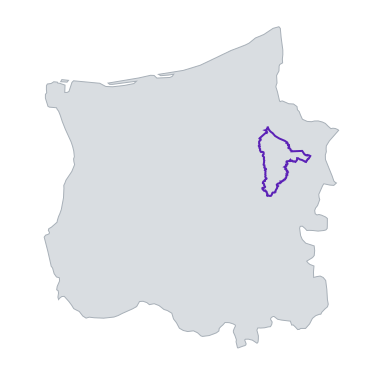 Guemon, Dix-Huit Montagnes, Ivory Coast (highlighted), rotated 176°
{"feature_id": "98640826B22329502030217", "entity_name": "Guemon", "entity_type": "district", "adm_level": 2, "iso_a3": "CIV", "parent_name": "Ivory Coast", "parent_adm1": "Dix-Huit Montagnes", "projection": "albers", "projection_center": [-7.319, 7.029], "detail": "fine", "context": "in_parent", "style": "outline", "palette": "violet", "viewbox_px": 384, "rotation_deg": 176, "n_neighbors": 0, "source": "geoboundaries", "source_scale": "gbopen_adm2", "svg_char_len": 8695}
<svg xmlns="http://www.w3.org/2000/svg" viewBox="0 0 384 384"><g transform="rotate(176 192 192)"><path d="M72.0,61.1L73.5,61.1L77.2,60.0L80.7,57.5L83.9,52.2L88.2,48.0L93.1,48.3L94.5,47.5L96.2,47.4L98.3,50.1L100.3,52.3L101.8,52.3L102.9,56.3L111.7,58.0L115.5,59.1L118.8,62.1L119.9,62.1L121.2,61.5L122.3,60.5L122.5,59.4L121.1,56.7L121.7,54.3L123.1,52.2L125.4,52.1L128.9,51.5L132.8,51.5L135.8,51.8L136.9,49.7L135.8,43.8L136.1,40.5L136.6,37.7L137.7,36.6L142.1,40.0L146.1,41.3L149.0,41.4L149.8,40.7L148.6,36.9L148.9,35.8L149.9,35.1L151.8,34.7L157.0,33.2L157.5,33.5L158.5,39.5L158.0,41.4L159.1,45.5L160.5,49.3L160.4,50.8L159.3,53.1L158.0,55.3L158.1,56.2L160.2,57.6L164.1,59.1L168.2,59.5L170.4,57.3L172.8,55.5L174.4,53.9L174.9,51.5L177.5,49.8L184.8,47.6L191.6,47.2L193.2,47.9L196.3,51.2L200.2,53.4L206.1,53.1L210.4,54.5L214.1,57.0L216.6,62.6L219.3,66.7L220.6,72.5L224.9,75.5L228.2,76.8L232.8,81.0L237.5,83.2L242.4,82.6L244.7,84.8L248.4,86.4L252.0,86.4L255.2,81.6L259.4,79.6L270.1,75.7L274.3,73.9L278.6,72.7L288.9,72.3L298.5,73.4L303.2,74.3L306.5,73.6L309.6,75.9L312.8,80.7L315.4,82.2L318.1,83.9L320.1,87.7L322.5,91.4L323.8,93.1L326.7,96.8L329.2,96.8L331.6,95.2L332.6,94.0L333.1,96.4L332.2,100.5L332.4,102.9L333.8,103.9L333.1,107.1L330.3,112.5L330.3,115.7L333.1,116.7L335.2,120.1L336.4,125.9L337.7,127.9L337.8,129.1L340.0,143.2L342.6,157.3L341.0,159.2L338.8,159.7L337.4,160.4L337.0,161.7L338.0,163.7L337.4,165.4L334.7,166.7L328.7,171.3L328.3,173.0L326.8,176.9L325.5,179.3L323.6,183.6L320.6,195.1L319.5,204.7L319.4,207.6L318.2,209.7L316.9,212.6L310.5,220.8L307.2,227.5L307.7,230.4L307.8,233.3L306.9,235.4L307.1,241.1L307.9,245.8L309.1,250.4L314.0,263.5L316.5,271.4L318.1,277.8L319.5,282.1L320.7,283.8L321.3,285.5L328.3,286.6L329.7,287.5L331.7,295.9L331.4,299.6L330.0,301.1L330.1,304.3L329.8,308.2L328.8,309.8L324.9,310.1L322.2,311.6L318.7,311.0L318.3,310.0L316.5,309.7L311.2,307.5L312.0,300.2L309.6,300.0L307.7,300.9L304.1,309.7L302.4,311.2L276.4,306.9L270.7,303.3L263.9,302.5L252.1,303.0L242.4,304.2L239.7,306.4L264.2,304.9L266.8,305.2L268.1,306.5L237.1,309.5L225.2,311.3L221.7,310.9L219.1,308.1L206.2,307.8L203.6,308.7L202.0,310.8L207.0,310.3L215.0,310.2L217.2,311.7L192.2,313.9L174.9,317.9L167.5,320.8L143.3,330.4L128.6,334.9L124.7,336.5L118.0,341.2L109.4,344.1L99.7,349.6L93.8,350.8L92.5,349.1L92.3,339.8L91.5,327.4L91.8,322.7L92.6,318.2L92.6,314.5L95.5,313.1L96.3,311.6L96.8,306.7L99.5,302.3L99.6,294.7L100.4,293.1L101.0,291.1L99.8,286.1L98.3,276.6L97.6,276.0L96.9,276.4L95.4,276.5L89.3,273.3L84.6,272.7L81.3,269.9L81.1,266.7L79.5,264.8L78.4,261.2L76.8,256.9L72.2,254.4L67.9,253.8L64.8,254.3L61.2,254.1L57.0,252.7L54.2,251.1L51.5,248.0L49.0,245.5L47.0,245.8L44.5,245.3L42.2,244.1L41.4,243.3L51.4,233.4L54.8,228.6L55.2,225.7L55.2,222.7L56.4,219.7L56.6,215.1L51.1,198.2L49.7,193.0L48.3,191.5L47.3,190.9L50.1,188.7L54.0,189.3L59.9,191.0L61.2,189.3L65.7,180.8L65.6,177.7L65.1,175.5L67.7,169.7L69.8,167.4L70.9,165.0L70.6,161.7L69.0,160.4L66.9,160.7L64.5,159.9L60.7,157.9L58.8,156.2L59.4,148.6L59.7,146.2L61.1,144.8L63.2,144.4L69.0,144.2L73.7,145.1L77.9,145.6L80.1,145.6L81.9,147.9L84.3,150.2L86.4,150.2L87.2,148.5L86.7,140.9L85.3,136.9L82.1,133.0L73.9,129.7L73.7,125.1L74.5,120.1L76.3,118.2L82.4,115.0L81.3,113.3L79.4,111.5L75.5,109.7L76.4,103.7L76.6,98.3L73.3,98.9L70.0,99.2L67.1,97.6L64.8,94.4L64.3,85.4L64.4,75.1L63.9,70.6L64.8,68.1L67.7,65.9L70.9,63.0L72.0,61.1ZM315.3,311.2L314.0,313.2L307.4,312.0L309.0,310.3L315.3,311.2Z" fill="#d9dde1" stroke="#a8b0b8" stroke-width="1"/><path d="M112.1,252.1L112.0,251.4L112.1,251.1L112.1,250.9L112.4,250.4L112.4,250.0L112.7,250.0L112.9,249.9L113.1,249.4L113.1,249.0L113.2,248.8L114.6,248.5L114.4,248.4L113.8,247.7L113.5,247.6L113.2,247.2L113.2,246.9L113.2,246.6L113.0,246.4L113.2,246.2L113.4,245.6L114.4,245.8L120.8,240.9L121.0,240.6L120.9,240.5L120.2,240.2L119.9,240.1L119.8,239.8L119.8,239.3L119.9,239.1L120.4,238.6L121.0,238.3L121.5,237.6L121.6,237.3L121.5,237.1L121.7,236.0L121.6,235.6L121.3,235.1L121.3,234.8L121.3,234.4L121.8,234.0L122.2,233.3L122.1,233.1L121.9,232.8L121.3,232.6L121.6,232.1L121.7,231.3L121.4,230.9L121.2,230.3L121.0,230.0L121.2,229.5L121.3,229.1L121.1,228.8L121.1,228.5L120.7,227.8L120.7,227.5L120.6,227.4L120.5,227.2L119.5,227.0L119.3,227.1L118.8,227.1L118.0,226.7L117.8,226.5L117.9,225.3L117.8,225.0L117.9,224.7L118.0,224.5L118.6,224.2L118.8,223.8L118.8,223.5L118.9,223.3L118.9,223.1L118.7,222.7L118.4,222.6L117.9,222.1L117.7,221.3L117.7,220.9L118.0,220.4L118.0,219.9L118.0,219.1L117.7,218.6L117.7,218.2L117.9,217.9L118.0,217.4L118.0,216.5L118.3,215.9L118.3,215.4L118.7,214.2L118.3,213.8L118.3,213.6L118.2,213.4L117.9,213.4L117.9,212.9L117.8,212.1L117.9,211.7L118.2,211.5L118.2,211.3L117.6,210.5L117.1,210.4L116.8,210.1L116.6,209.9L116.5,209.6L116.6,209.4L117.1,209.2L117.4,209.1L117.6,209.1L117.8,208.7L117.7,208.6L117.3,207.9L117.2,207.3L117.5,206.2L117.4,205.5L117.6,205.0L117.7,204.6L117.7,204.2L117.5,203.9L117.4,203.5L117.8,202.5L117.9,202.1L117.2,200.8L116.7,200.4L116.7,200.1L117.0,199.8L117.2,199.7L117.8,199.6L118.2,199.0L118.6,198.8L118.7,198.7L118.4,198.1L118.5,197.8L119.9,197.6L120.2,197.3L120.6,196.6L120.7,196.0L120.7,195.9L120.4,195.9L120.1,195.6L119.7,195.0L119.5,194.5L119.5,194.2L119.6,193.6L119.6,193.3L119.4,193.0L119.2,192.9L118.8,192.4L118.7,192.0L118.9,191.7L119.2,191.6L119.5,191.3L119.9,191.1L120.6,191.1L121.0,191.2L121.4,191.2L121.5,191.1L121.6,190.8L121.5,190.4L121.4,189.8L121.3,189.6L121.1,189.4L120.7,189.4L120.6,189.2L119.9,188.1L119.5,188.1L119.2,188.3L118.7,188.4L118.4,187.6L118.1,187.6L117.7,187.2L117.5,186.8L117.6,186.1L117.4,185.8L117.2,185.6L116.9,184.8L116.9,184.5L117.3,184.1L117.3,183.9L117.4,183.3L117.1,182.9L116.8,183.0L116.5,183.0L116.0,183.2L115.3,182.8L115.1,182.8L114.7,182.7L114.4,182.6L113.5,182.7L113.3,182.8L113.1,183.3L112.5,183.9L112.4,184.3L112.3,184.5L112.1,185.2L111.5,185.8L111.0,185.7L110.4,185.8L110.3,185.7L109.5,185.7L109.2,186.3L108.7,186.4L108.7,186.5L108.5,187.7L108.2,188.0L107.8,188.8L107.0,189.6L106.9,189.8L107.0,190.0L106.6,190.9L106.5,191.0L106.4,191.1L106.6,191.1L106.6,191.5L106.4,191.8L106.6,191.8L106.6,192.1L106.8,192.5L106.8,192.9L106.9,193.1L106.9,193.5L106.5,193.7L106.3,193.7L106.2,194.0L105.8,194.3L105.6,194.4L105.4,194.3L104.6,194.6L104.2,194.6L103.9,194.6L103.9,194.8L103.8,195.1L103.5,195.0L103.2,195.2L103.0,195.3L102.8,195.2L102.4,195.4L102.2,195.7L102.1,196.0L101.9,196.1L102.1,196.3L101.8,196.3L101.6,196.4L101.2,196.7L100.7,197.0L100.5,196.9L99.9,197.0L99.7,197.4L99.6,197.7L99.5,197.8L99.3,197.7L98.7,197.9L98.4,198.2L98.2,198.2L98.2,198.3L98.2,198.5L98.0,199.1L97.4,199.5L97.2,199.5L96.7,200.9L96.9,201.6L96.5,202.2L96.5,202.4L96.4,202.3L96.3,202.2L96.1,202.2L95.7,202.4L95.9,203.0L95.8,203.5L95.4,204.2L95.3,204.9L94.9,205.2L95.1,205.5L95.2,205.4L95.3,205.4L95.2,205.7L95.4,206.1L95.4,206.5L95.5,206.6L95.8,206.7L96.1,206.5L96.2,207.0L96.3,207.2L96.3,207.3L96.3,207.6L96.3,207.9L96.7,208.0L96.7,208.6L96.9,208.6L96.7,208.9L96.9,209.2L97.2,209.1L97.2,209.4L97.4,209.6L97.3,209.9L97.8,210.3L97.5,210.6L97.4,210.4L97.2,210.3L96.9,210.6L97.1,210.6L97.1,210.8L96.8,210.9L96.7,211.2L96.7,211.3L96.9,211.3L96.6,211.5L96.5,211.8L96.3,211.8L96.3,212.0L96.2,211.9L96.1,212.0L96.0,212.3L95.7,212.4L95.2,213.0L94.8,213.2L94.7,213.4L94.7,213.6L95.5,215.0L95.7,215.3L95.6,215.7L95.5,215.9L95.4,216.0L92.9,216.1L92.4,216.0L92.2,216.0L92.3,216.2L92.5,216.5L92.4,216.6L92.2,216.6L91.7,217.1L91.6,216.8L91.8,216.7L91.5,216.4L90.9,216.2L90.8,216.3L90.8,216.5L90.6,216.5L90.1,216.1L89.8,216.2L89.1,215.6L89.1,215.4L88.9,215.3L88.5,215.5L88.2,215.5L87.9,215.5L87.7,215.4L87.4,215.1L87.1,215.0L86.8,214.8L86.6,215.0L86.2,215.2L85.8,215.8L85.7,216.0L85.4,216.1L85.1,216.5L84.8,218.0L84.8,218.4L83.8,218.3L82.2,217.0L80.1,216.3L78.1,215.1L76.9,214.2L76.2,214.0L75.8,215.0L75.5,215.2L75.2,215.2L75.0,215.5L75.0,215.8L74.8,215.9L74.4,216.5L74.1,216.6L74.1,216.9L73.3,217.2L73.3,217.3L73.0,217.4L72.8,217.9L72.3,218.4L72.2,218.8L72.0,219.0L72.0,219.3L71.8,219.4L71.9,219.6L71.7,219.8L72.5,220.3L73.7,220.6L74.0,220.9L74.3,220.9L74.5,220.9L74.7,220.4L75.8,220.7L76.5,221.4L77.0,221.5L77.3,221.9L77.4,222.1L79.2,225.3L89.6,225.6L89.5,225.8L89.3,225.9L89.5,226.1L89.8,226.0L90.1,226.4L90.3,226.3L90.7,226.6L90.8,226.9L90.7,227.2L91.1,228.7L91.1,228.8L91.2,228.5L91.4,228.5L91.7,228.6L91.8,228.8L91.8,229.3L92.1,229.2L92.2,228.9L92.3,228.9L92.7,229.0L92.8,229.3L92.5,230.0L92.2,230.4L92.0,231.1L92.0,231.3L92.0,231.7L92.3,231.7L92.3,231.8L92.4,232.1L92.3,232.3L92.6,232.4L92.9,232.2L93.0,232.2L93.0,232.5L93.1,233.0L93.4,233.5L93.1,233.6L93.1,233.9L93.3,234.0L93.8,234.1L94.2,234.3L93.9,234.6L93.8,235.0L95.9,236.6L101.2,239.3L105.2,242.1L107.7,245.4L108.4,245.8L109.9,247.3L110.3,248.0L111.0,248.9L112.1,252.1Z" fill="none" stroke="#5b21b6" stroke-width="2"/></g></svg>